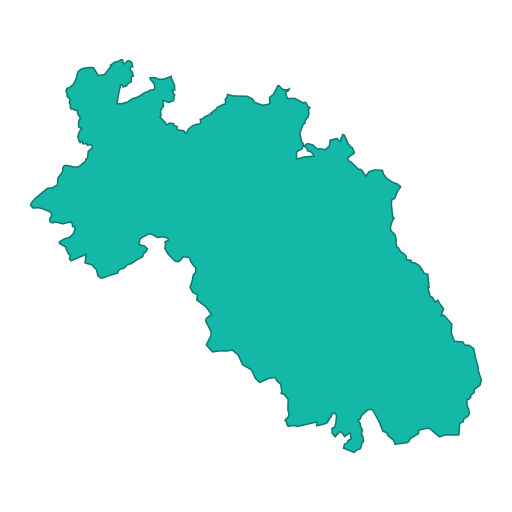 Carrick-On-Shannon Lea-6, Leitrim, Ireland
{"feature_id": "5873133B60046508730190", "entity_name": "Carrick-On-Shannon Lea-6", "entity_type": "district", "adm_level": 2, "iso_a3": "IRL", "parent_name": "Ireland", "parent_adm1": "Leitrim", "projection": "robinson", "projection_center": [-7.954, 53.923], "detail": "fine", "context": "isolated", "style": "filled", "palette": "teal", "viewbox_px": 512, "rotation_deg": 0, "n_neighbors": 0, "source": "geoboundaries", "source_scale": "gbopen_adm2", "svg_char_len": 5943}
<svg xmlns="http://www.w3.org/2000/svg" viewBox="0 0 512 512"><path d="M469.4,413.8L468.4,408.4L467.1,406.1L466.9,399.8L468.8,399.3L470.7,397.5L470.7,395.2L474.1,392.6L474.4,389.3L480.2,385.0L481.3,379.7L478.4,371.0L477.9,366.1L475.5,358.0L473.8,348.8L469.1,345.3L464.7,345.1L462.7,341.9L454.4,341.3L451.2,332.7L451.8,324.2L443.9,315.2L441.1,315.5L443.6,308.8L440.1,304.3L437.9,300.3L435.0,301.8L432.2,297.1L430.3,296.7L427.7,287.2L429.2,287.1L428.5,283.8L429.0,282.7L428.3,281.4L428.0,274.6L423.8,273.0L422.1,269.4L421.3,269.1L420.5,267.0L418.3,264.9L415.2,263.0L410.7,262.2L410.5,261.1L411.1,260.4L406.4,259.7L406.1,256.0L403.4,253.3L400.8,252.0L398.3,247.8L397.0,247.4L396.0,242.9L396.2,239.6L395.1,234.9L392.6,232.1L391.3,231.6L390.5,229.0L390.8,225.1L393.2,219.1L394.2,218.2L392.7,216.7L391.4,204.6L391.8,199.7L394.7,198.5L397.5,191.3L400.6,186.9L400.2,186.1L396.6,183.6L393.0,182.6L386.7,178.4L383.4,174.0L382.4,170.3L374.2,170.0L369.2,171.6L365.6,176.2L362.2,170.7L360.6,169.4L358.3,169.2L351.8,162.7L348.4,160.6L347.8,158.0L351.6,154.8L353.5,154.0L354.3,152.4L352.2,147.6L350.7,146.8L348.2,143.8L344.2,134.9L343.4,134.6L342.5,134.6L342.1,137.2L340.8,138.4L340.9,141.1L338.7,140.6L337.3,138.5L330.3,140.0L329.2,146.3L325.0,149.7L321.3,148.9L316.8,148.8L313.2,145.1L308.2,143.6L306.3,144.2L305.7,145.1L303.4,145.7L306.4,147.8L307.3,149.2L307.4,150.5L308.3,151.3L310.4,151.5L313.0,154.0L313.9,156.2L303.9,157.0L297.1,159.0L296.2,156.2L296.7,154.7L296.3,152.5L298.5,150.6L301.6,149.3L303.3,145.8L303.0,143.1L301.5,141.8L299.9,133.0L303.1,124.5L304.9,123.3L305.2,120.4L308.0,117.2L308.9,113.7L308.5,109.8L309.9,107.6L307.4,106.0L306.7,103.9L305.3,102.2L303.4,103.0L294.7,98.3L287.4,98.6L285.4,92.1L288.6,90.7L289.2,88.9L288.0,89.6L284.1,89.8L281.6,88.5L279.0,85.7L277.8,85.8L273.6,94.2L269.7,97.4L269.5,101.4L270.3,102.3L269.9,103.1L268.7,104.2L262.8,105.3L254.4,102.3L252.4,98.9L247.3,96.3L233.2,95.9L227.6,94.4L227.1,96.9L225.2,99.4L225.6,104.0L223.5,104.3L218.5,106.7L217.0,107.7L215.4,110.2L214.4,110.2L211.2,113.0L211.6,113.5L204.0,117.3L203.3,118.5L200.2,119.5L200.8,122.4L199.2,124.4L196.7,124.2L192.7,125.7L188.3,129.3L186.7,132.5L184.8,133.2L183.8,131.5L184.3,131.2L183.6,130.7L177.0,129.8L177.1,126.5L174.1,125.6L173.7,123.7L169.5,123.1L167.3,124.8L166.1,124.5L164.9,121.7L164.1,121.7L163.3,120.3L159.8,117.1L161.1,115.5L160.4,111.1L161.5,109.6L161.3,108.7L163.5,106.4L162.8,100.5L168.8,102.4L173.3,100.8L174.1,98.8L173.7,96.8L174.8,95.2L173.1,93.2L173.0,91.7L171.9,90.5L174.9,89.9L174.4,88.2L174.7,85.8L171.5,78.5L171.3,76.4L163.0,79.3L158.1,79.3L156.3,77.9L150.0,77.7L150.3,79.1L154.6,84.6L154.6,88.5L153.9,89.5L149.5,90.3L148.1,91.8L145.5,92.2L138.3,96.8L132.0,98.9L127.7,102.0L121.3,103.8L116.9,103.8L119.4,89.8L120.4,87.0L120.2,84.8L122.1,84.9L123.2,87.0L126.6,85.8L127.6,84.0L131.4,81.6L131.1,77.5L131.9,76.1L133.3,76.1L132.3,72.1L129.7,69.2L131.2,67.1L132.8,66.6L131.7,62.4L130.2,61.2L128.0,60.7L124.1,64.0L123.2,63.0L122.7,60.0L121.1,59.6L117.6,61.7L115.0,62.0L110.5,65.2L111.3,65.8L104.5,74.5L98.3,75.6L93.5,67.8L90.8,67.4L83.6,68.3L80.7,69.4L77.7,72.2L76.3,78.3L73.7,83.7L69.7,87.6L66.8,88.4L67.0,89.2L65.9,90.7L67.2,94.3L67.2,96.5L70.0,99.1L69.3,103.1L70.6,104.9L70.2,107.4L71.2,109.0L73.0,108.8L74.0,109.8L77.4,110.6L77.6,113.6L80.5,118.5L79.2,119.8L78.7,121.3L78.5,126.2L79.0,127.2L81.7,128.4L79.5,131.4L77.8,136.6L79.0,141.0L80.2,142.6L81.6,141.4L82.5,141.5L82.9,143.7L87.1,143.9L87.5,145.4L90.1,144.6L91.4,145.1L92.3,146.2L92.2,148.0L88.2,151.3L87.6,158.0L85.8,159.4L85.3,161.4L78.4,166.9L74.6,167.1L65.9,165.3L64.0,166.0L62.9,167.7L62.5,171.8L57.9,178.1L57.4,185.0L52.2,187.9L47.4,188.3L35.1,198.5L31.0,203.4L30.7,205.4L33.1,208.0L38.5,207.8L42.3,208.6L49.9,211.9L51.5,213.5L51.7,215.5L49.6,219.1L49.8,221.1L50.8,222.3L53.0,222.9L55.3,221.9L62.7,223.8L69.3,222.2L71.4,222.4L72.3,224.1L72.5,226.5L74.4,227.0L75.1,228.9L73.1,233.9L69.5,237.3L64.1,239.0L59.4,241.9L59.4,243.3L65.4,246.9L68.1,253.3L70.3,255.5L69.4,258.8L71.0,260.8L86.2,254.3L85.0,262.9L92.3,265.0L94.1,267.6L96.4,269.4L97.9,275.8L100.9,278.1L103.8,277.8L108.1,275.9L117.6,273.1L118.6,270.6L119.9,269.4L124.4,268.0L127.3,264.7L131.3,263.7L136.9,259.7L142.8,256.6L143.2,254.2L146.0,251.6L147.5,248.9L144.2,245.8L140.4,245.1L139.0,243.9L140.2,238.9L142.2,237.3L149.2,233.8L152.4,234.6L157.3,237.4L162.9,236.8L167.7,238.2L168.4,238.9L168.1,240.5L165.0,241.7L165.5,244.6L164.8,248.6L167.8,253.6L171.5,257.7L175.4,261.4L178.5,261.6L180.6,260.2L183.1,256.7L188.7,257.5L189.7,258.2L190.7,261.6L192.3,264.0L195.6,267.5L195.6,272.3L193.3,274.8L192.1,281.2L190.0,287.3L192.7,292.3L197.5,294.9L196.7,300.0L205.9,306.7L211.4,314.3L206.4,318.3L205.7,320.9L211.1,332.0L211.1,335.3L206.3,344.9L212.4,351.9L219.8,350.9L227.5,351.0L232.0,349.8L238.1,354.9L242.6,364.7L251.4,369.8L255.4,378.4L259.8,382.5L268.7,378.4L275.2,377.5L276.8,380.8L280.7,384.3L281.8,391.7L281.1,393.3L284.3,394.6L288.1,399.3L287.9,409.8L289.1,414.4L288.1,417.1L285.2,419.7L285.3,421.0L286.5,421.3L286.8,424.0L288.1,426.3L294.3,425.5L297.2,426.5L316.6,422.0L316.7,425.8L323.9,424.1L327.6,422.5L327.7,421.3L329.0,420.3L329.0,419.1L331.2,416.8L331.6,414.4L333.9,413.1L335.3,413.6L336.5,415.5L335.8,423.6L335.2,425.0L335.5,426.7L332.0,428.4L332.1,433.2L334.8,436.6L335.7,436.7L336.5,434.4L337.4,434.4L340.0,431.6L342.3,433.0L344.6,436.6L349.4,433.0L350.3,433.9L351.2,439.0L347.9,440.6L348.0,441.7L346.4,443.5L344.5,444.1L343.5,448.2L354.0,452.4L357.3,449.7L360.1,449.0L361.4,445.8L361.7,443.4L363.5,441.5L362.8,436.2L361.9,435.2L361.5,433.0L362.5,429.8L360.3,426.0L360.3,423.6L358.0,420.0L359.9,419.3L361.7,415.3L367.9,409.7L371.9,409.4L373.6,411.5L379.5,422.4L382.8,431.3L386.9,432.7L387.7,435.4L393.2,439.9L394.7,442.3L395.0,444.2L407.0,442.7L408.9,441.5L410.3,438.6L418.7,433.5L418.3,431.3L419.7,430.0L423.6,428.9L429.2,428.2L439.5,436.9L444.6,435.0L458.9,434.9L459.7,423.5L463.3,421.5L463.4,420.1L464.2,418.7L467.6,416.5L469.4,413.8Z" fill="#14b8a6" stroke="#0f766e" stroke-width="1.5"/></svg>